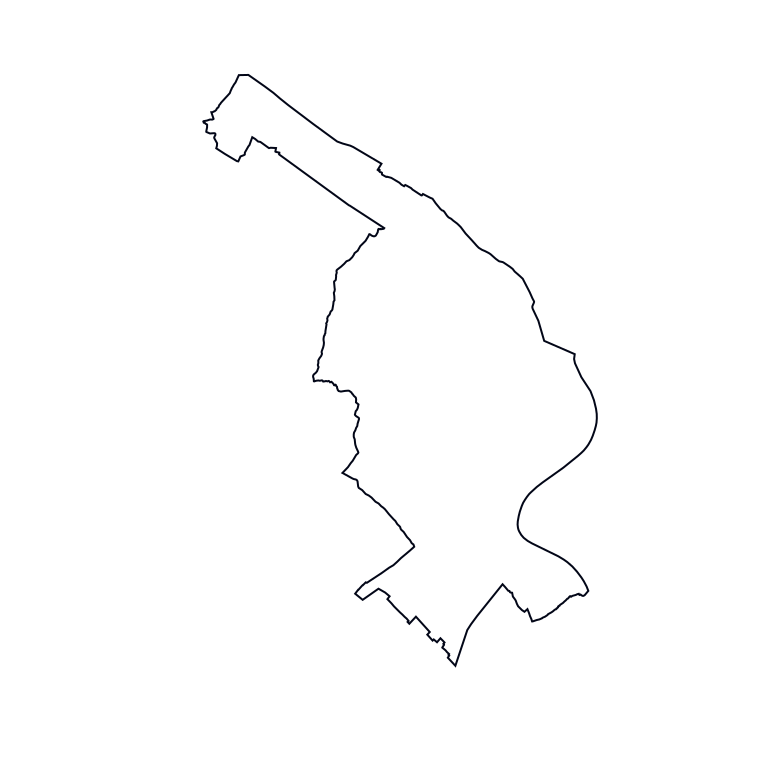 outline of Mueang Samut Prakan, Samut Prakan, Thailand, rotated 203°
{"feature_id": "78962969B45511956766283", "entity_name": "Mueang Samut Prakan", "entity_type": "district", "adm_level": 2, "iso_a3": "THA", "parent_name": "Thailand", "parent_adm1": "Samut Prakan", "projection": "natural_earth1", "projection_center": [100.67, 13.577], "detail": "fine", "context": "isolated", "style": "outline", "palette": "ink", "viewbox_px": 768, "rotation_deg": 203, "n_neighbors": 0, "source": "geoboundaries", "source_scale": "gbopen_adm2", "svg_char_len": 6166}
<svg xmlns="http://www.w3.org/2000/svg" viewBox="0 0 768 768"><g transform="rotate(203 384 384)"><path d="M605.1,532.0L605.0,537.4L602.4,539.9L601.8,540.8L602.5,542.7L601.7,549.7L601.2,551.4L601.7,559.7L598.3,559.2L594.6,558.0L592.6,558.5L591.8,558.4L582.2,556.2L581.7,556.4L580.6,557.2L575.6,559.0L574.8,555.5L574.2,555.4L570.7,556.1L570.5,555.8L570.5,554.6L570.1,554.3L486.1,534.8L485.2,534.8L444.7,527.6L444.9,526.8L446.1,526.0L447.1,525.4L447.8,525.4L448.2,524.8L449.1,524.8L449.6,524.6L449.7,523.7L449.1,521.2L449.2,520.4L449.5,517.5L450.2,516.5L450.9,516.0L452.1,515.8L453.5,515.8L455.2,516.3L455.8,516.3L456.1,516.1L456.2,513.6L456.9,508.6L459.7,501.7L460.3,496.4L462.2,493.0L462.3,490.9L462.8,488.2L464.3,484.5L466.5,482.3L467.6,479.1L469.5,475.0L471.7,471.1L472.0,470.2L471.9,469.4L471.0,468.0L470.7,465.5L470.1,464.3L469.1,461.1L469.2,460.4L469.9,459.1L469.9,458.5L467.0,453.1L466.3,452.0L465.8,450.2L465.8,448.3L464.1,445.5L462.3,441.7L462.6,440.1L461.8,437.5L460.6,432.3L460.8,431.2L461.4,429.9L461.2,426.7L462.1,424.0L461.9,423.2L461.9,422.1L460.9,420.5L460.7,418.9L460.9,417.2L460.2,416.4L458.6,409.9L457.8,407.7L458.0,406.6L457.7,405.6L458.0,404.6L457.3,401.9L456.8,400.8L455.4,398.5L454.7,396.3L454.3,393.9L454.1,389.7L453.8,388.8L453.0,387.8L452.8,387.0L452.8,385.3L453.5,382.3L453.7,380.0L452.6,377.6L452.4,375.8L451.9,375.0L450.9,374.1L450.8,373.7L450.6,369.7L451.1,367.8L452.3,365.5L452.5,364.5L452.4,363.7L452.0,362.8L450.8,361.4L449.6,359.1L449.3,359.1L447.7,360.5L445.8,361.6L444.4,361.9L442.6,363.1L442.0,363.1L440.9,362.5L440.2,363.1L439.6,363.2L438.6,364.1L437.2,364.3L436.1,365.2L435.7,365.2L434.3,364.5L433.2,365.5L430.6,364.4L429.5,363.4L429.0,363.5L428.4,364.4L428.1,364.4L427.4,363.6L426.2,363.1L425.4,361.7L424.6,361.0L424.3,360.5L423.0,359.8L420.7,360.2L417.2,362.4L414.3,363.9L413.3,364.1L410.7,363.5L409.7,362.7L408.6,362.3L407.3,361.4L404.7,360.5L403.7,359.1L402.6,356.1L399.5,355.2L398.8,351.7L398.8,349.8L399.4,347.9L398.8,344.4L398.3,344.0L397.0,343.5L394.1,343.0L393.7,342.7L393.3,342.0L392.8,337.1L392.2,334.9L392.5,332.6L392.3,330.2L392.6,327.7L392.2,325.9L391.5,324.2L391.0,323.3L389.4,321.7L387.3,317.9L386.5,316.7L384.6,314.5L381.5,311.7L380.8,310.8L380.9,309.9L381.9,307.8L382.8,301.1L383.7,298.1L384.7,293.3L387.5,285.9L376.0,284.7L374.6,284.7L372.6,285.1L371.4,284.9L370.8,284.5L370.3,284.0L367.7,279.5L366.6,278.5L362.6,277.8L357.9,275.6L354.4,275.4L351.1,274.6L345.8,272.3L342.3,271.9L338.8,270.4L336.5,269.9L334.2,269.1L328.6,266.1L322.3,263.2L320.1,262.4L317.0,260.2L313.8,259.0L313.2,258.6L312.2,257.3L311.2,256.6L308.1,255.5L303.1,252.2L299.0,250.4L296.3,248.3L294.2,247.8L292.6,246.0L295.2,240.5L300.4,230.3L302.3,225.7L304.6,220.8L307.5,216.9L312.2,209.2L322.1,194.3L323.3,194.3L324.8,190.6L325.0,190.6L325.5,189.4L327.2,184.4L327.4,184.4L328.6,179.7L319.3,177.0L309.1,193.4L301.5,192.5L295.9,190.8L296.8,187.3L291.4,185.0L287.9,183.2L280.0,180.0L277.1,179.0L274.0,177.7L271.5,176.9L268.8,175.5L269.3,174.2L267.0,173.2L263.7,182.3L245.0,173.6L246.2,170.2L239.0,166.8L238.4,168.3L234.3,167.0L232.7,172.0L229.3,170.6L227.3,169.7L227.8,168.0L226.9,167.6L226.8,167.4L227.3,164.8L227.3,164.1L223.3,162.9L221.2,161.8L218.6,160.9L218.8,159.9L217.9,159.6L218.3,157.0L208.2,152.5L211.2,190.1L210.0,197.0L207.6,207.0L196.6,246.0L193.1,244.4L188.8,242.2L187.7,242.5L186.7,241.6L186.1,241.5L184.5,241.9L182.3,238.7L179.4,237.0L178.1,236.1L175.8,233.6L173.7,231.8L173.2,231.6L168.7,229.8L165.7,229.2L164.0,232.8L160.9,229.7L158.8,227.3L156.5,225.2L154.9,223.3L154.3,223.6L151.2,226.4L149.0,228.0L146.9,230.2L146.8,230.7L144.8,232.8L143.2,235.3L143.1,236.1L140.6,239.3L139.6,240.9L138.8,242.6L138.1,243.6L137.6,243.9L137.5,244.7L137.1,245.0L137.0,245.7L136.5,246.4L136.8,247.2L136.4,247.6L136.3,248.1L135.8,248.4L135.8,249.0L135.3,250.0L133.7,252.4L132.9,254.4L132.2,255.7L131.4,257.9L130.9,258.3L130.4,259.7L130.3,260.4L129.8,261.4L129.5,261.5L128.9,261.2L128.5,261.4L127.9,262.5L125.0,264.8L124.0,266.0L122.7,267.0L121.7,266.2L121.4,266.3L120.8,267.0L119.4,266.6L118.3,266.6L117.5,267.0L116.7,268.2L115.1,273.4L118.3,276.7L123.0,280.5L126.5,282.9L132.9,286.6L139.3,289.6L145.8,291.7L149.9,292.6L156.1,293.5L185.4,295.1L190.4,295.7L195.3,297.0L198.7,298.7L201.8,301.0L203.3,302.4L204.5,304.0L206.1,306.8L207.2,309.9L208.4,315.2L209.1,319.7L209.5,325.5L209.5,329.0L209.0,332.5L208.3,336.0L207.4,339.4L206.5,341.6L203.1,349.0L199.5,355.4L186.2,377.1L177.4,393.6L175.4,397.8L174.1,400.9L172.9,405.0L172.2,408.1L171.6,413.5L171.6,417.9L172.0,423.6L172.6,428.2L173.3,431.5L174.7,435.6L176.5,439.6L179.2,444.1L184.4,451.1L191.1,458.1L205.0,467.4L216.3,477.7L218.8,481.3L220.1,486.0L253.4,486.3L266.6,502.5L276.6,511.4L277.5,512.7L277.8,513.6L277.8,517.3L277.9,518.2L278.2,518.7L280.9,520.9L285.7,525.4L297.4,535.1L300.7,536.3L307.7,538.6L310.5,540.2L313.5,541.0L321.2,542.5L322.4,542.6L325.6,542.0L326.3,542.0L330.1,542.9L336.6,545.1L338.8,545.5L343.0,545.8L346.2,545.8L350.0,546.4L352.7,547.5L359.2,550.6L367.7,554.4L374.6,558.4L377.3,559.5L379.5,560.3L384.0,561.4L386.7,562.3L389.7,562.6L391.9,563.6L395.8,566.1L397.0,566.6L398.3,566.5L400.4,567.1L407.1,570.6L411.7,573.5L414.5,573.5L422.4,574.1L422.8,572.5L423.3,572.2L433.7,574.1L435.6,574.9L440.2,575.4L442.2,575.5L442.8,573.9L445.8,574.3L448.4,575.3L457.9,576.6L462.2,576.0L462.3,575.7L463.1,575.5L467.6,576.0L467.8,576.2L468.4,577.6L469.1,577.8L470.4,577.5L471.1,577.8L471.7,579.4L472.6,579.5L472.7,578.4L473.5,578.6L472.4,585.8L504.8,590.1L508.2,590.2L516.0,589.2L521.8,588.9L550.4,595.6L581.1,603.3L591.4,606.2L599.6,608.8L610.0,611.3L629.6,615.5L638.3,611.6L638.5,603.5L639.1,601.1L639.4,598.4L639.7,596.6L639.6,596.0L639.7,594.2L639.6,591.4L643.9,579.3L644.2,577.6L644.6,576.7L644.6,573.9L645.5,572.4L645.5,570.8L646.5,568.8L647.3,568.2L647.9,567.3L649.1,566.7L644.5,561.5L644.5,561.2L645.4,560.3L647.6,559.4L649.8,557.4L652.8,555.4L652.9,555.1L652.0,554.1L650.7,554.3L649.9,553.8L648.5,553.8L648.1,553.5L647.1,551.0L646.3,547.0L646.0,546.6L642.1,546.6L638.4,548.5L637.7,548.7L637.1,548.5L636.5,547.4L636.7,545.4L636.6,544.5L636.1,543.8L631.7,540.4L630.8,537.8L630.5,535.4L620.3,533.6L606.5,531.7L605.1,532.0Z" fill="none" stroke="#020617" stroke-width="2"/></g></svg>